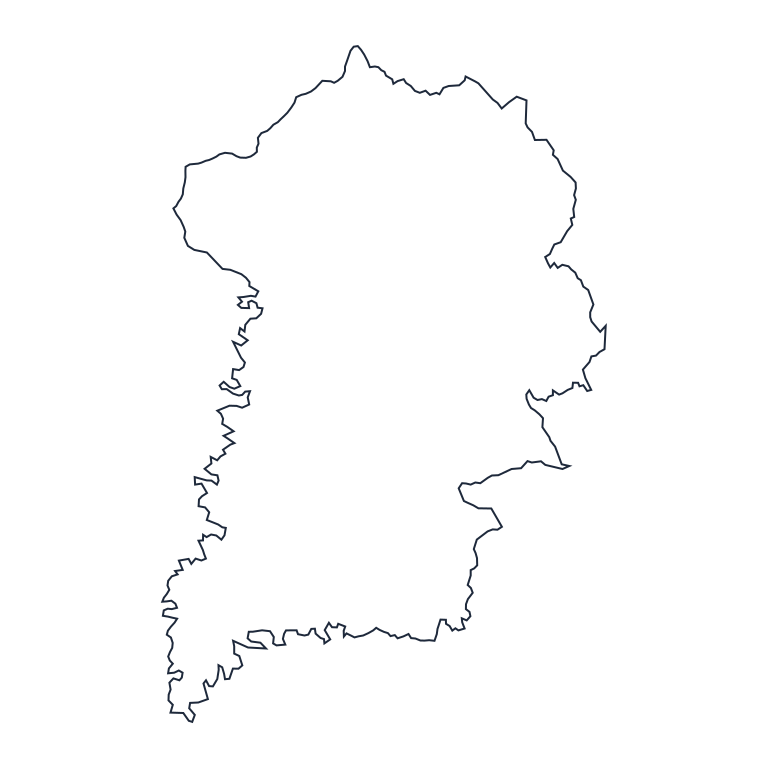 Muitos Capões, Rio Grande do Sul, Brazil
{"feature_id": "56859067B15712827414216", "entity_name": "Muitos Capões", "entity_type": "district", "adm_level": 2, "iso_a3": "BRA", "parent_name": "Brazil", "parent_adm1": "Rio Grande do Sul", "projection": "albers", "projection_center": [-51.26, -28.402], "detail": "fine", "context": "isolated", "style": "outline", "palette": "slate", "viewbox_px": 768, "rotation_deg": 0, "n_neighbors": 0, "source": "geoboundaries", "source_scale": "gbopen_adm2", "svg_char_len": 5721}
<svg xmlns="http://www.w3.org/2000/svg" viewBox="0 0 768 768"><path d="M172.8,704.8L170.5,712.6L183.3,713.0L188.8,720.8L192.2,721.9L194.8,714.9L189.2,708.3L190.1,702.9L198.3,702.5L207.9,699.1L203.5,683.5L206.0,680.3L209.1,686.1L212.9,686.4L217.3,679.0L218.7,669.8L218.5,665.2L222.2,667.3L224.1,673.9L225.0,679.2L229.4,678.8L232.9,668.6L238.5,668.7L242.3,665.4L239.3,656.0L234.2,653.6L234.2,646.2L233.1,640.8L248.0,647.5L266.0,648.5L260.4,642.7L251.2,641.5L247.6,638.3L248.8,631.8L253.0,631.7L262.1,630.3L270.0,631.2L273.8,637.0L273.1,643.4L276.5,645.4L285.3,644.6L282.9,638.9L284.1,633.8L286.0,630.4L296.6,630.3L298.0,634.2L304.5,635.5L308.3,634.6L311.3,628.9L314.9,628.7L315.6,633.6L320.6,638.0L324.0,639.1L324.4,643.4L330.2,639.4L324.7,630.1L328.9,622.8L332.0,627.2L336.9,627.4L338.2,623.8L345.2,626.5L343.7,630.8L343.9,636.5L346.5,633.4L350.8,635.5L354.5,637.4L358.6,636.3L363.2,635.5L368.4,633.1L373.2,630.4L376.2,627.8L379.6,629.9L384.0,631.9L387.9,633.1L390.5,636.1L394.8,635.1L397.6,638.3L403.4,636.4L408.5,634.0L411.1,638.1L415.4,638.5L420.4,640.5L424.6,640.6L429.2,640.2L434.5,640.8L436.8,634.1L437.5,628.9L438.7,625.3L440.5,619.6L445.9,619.8L446.0,623.8L449.6,626.0L452.3,630.6L455.4,628.3L458.4,630.4L464.6,628.5L462.2,622.3L461.8,618.3L466.7,620.4L470.4,616.2L469.5,611.9L465.9,609.1L466.0,604.2L467.9,599.1L472.7,592.8L470.9,588.0L467.7,585.0L470.7,575.5L470.7,570.1L474.2,568.4L477.2,565.3L477.0,558.1L475.6,553.1L473.8,549.1L476.8,539.6L487.6,531.4L492.7,529.4L497.5,529.7L501.9,526.8L491.3,508.5L478.4,508.3L473.3,505.3L467.7,502.8L463.9,501.0L458.7,488.3L462.1,483.2L466.1,483.5L470.7,484.6L475.3,482.5L480.3,483.2L487.8,477.8L491.9,475.5L498.4,475.2L511.6,469.0L521.1,468.2L527.5,461.1L531.8,462.5L541.0,461.3L545.3,464.9L562.5,469.0L569.3,466.0L561.7,464.3L555.1,446.6L550.5,440.8L549.3,437.2L542.4,427.2L542.7,422.6L543.0,418.2L539.4,414.3L534.7,410.3L531.0,408.0L528.9,404.5L526.6,398.8L526.3,394.5L529.3,390.2L533.6,397.7L537.5,400.0L541.9,399.1L546.3,401.0L548.6,396.7L552.9,395.2L552.9,390.4L559.1,394.6L562.5,393.3L567.7,389.9L572.4,388.0L573.0,382.7L578.1,382.8L579.5,386.3L583.3,385.2L587.2,391.0L591.2,389.9L585.4,378.2L582.9,369.6L589.5,362.0L591.4,356.4L596.0,355.6L599.5,352.0L604.5,349.2L605.7,325.8L600.2,331.8L591.6,321.5L590.2,317.2L590.2,312.3L593.4,304.5L588.2,290.0L583.3,286.6L580.9,280.2L577.7,278.2L575.3,272.7L571.2,269.4L568.5,266.3L562.3,264.8L557.7,267.9L554.2,263.0L550.3,267.5L548.0,263.3L545.2,257.0L549.9,254.0L552.1,249.0L554.3,244.5L560.7,242.2L567.2,231.1L572.3,224.9L570.8,218.5L574.2,217.0L573.3,208.9L575.8,199.8L574.1,195.1L575.9,188.5L575.6,182.5L570.7,177.0L562.9,170.6L557.6,159.0L552.9,154.8L553.7,150.3L546.5,139.8L534.9,140.0L532.0,131.9L527.6,127.4L525.7,123.4L526.5,100.4L516.7,96.7L509.0,102.2L501.7,108.5L497.5,102.9L492.8,99.5L478.4,83.3L475.1,81.4L465.6,76.5L464.7,80.3L459.2,85.3L448.7,86.0L443.4,87.9L439.5,94.3L436.3,92.8L430.0,94.9L425.6,90.7L419.8,92.8L414.9,90.9L410.8,86.0L406.1,83.0L403.7,79.2L397.6,81.1L393.4,83.8L392.2,79.3L386.0,75.6L384.5,71.8L381.3,70.2L378.4,67.2L374.9,66.5L369.9,67.2L367.6,61.2L364.2,54.6L361.1,49.9L357.8,46.1L353.7,46.7L350.5,50.8L347.2,60.4L345.0,66.6L345.0,71.0L342.5,76.8L337.7,80.8L334.1,82.8L330.8,81.3L322.3,80.8L315.5,88.1L311.0,91.5L305.8,93.8L301.5,94.8L296.2,97.2L294.5,102.6L291.3,107.5L287.3,112.8L284.1,116.0L280.6,119.3L277.8,122.2L273.4,124.7L270.3,128.2L267.2,130.9L261.4,133.1L257.9,137.8L258.5,143.7L256.8,147.6L256.9,151.8L253.9,154.4L250.6,156.5L246.0,157.8L240.2,157.6L236.5,156.2L232.1,153.6L225.0,152.8L219.4,154.4L216.4,156.6L212.6,158.5L209.1,160.0L205.7,160.8L201.5,162.6L198.2,163.6L189.8,164.4L185.6,166.8L185.4,170.8L185.5,177.2L184.8,182.4L183.3,188.5L182.8,194.3L180.9,198.6L178.5,201.8L176.2,206.1L173.4,208.4L176.6,214.6L180.6,220.1L183.7,226.9L185.3,231.6L184.3,237.8L187.9,245.9L194.3,249.9L206.9,252.5L222.5,268.9L230.3,269.8L241.4,274.2L246.0,277.8L249.5,282.1L249.3,286.0L258.3,291.3L255.5,296.6L250.9,295.8L243.5,297.0L238.4,297.4L242.0,301.7L237.9,304.9L241.3,307.9L249.1,308.1L248.2,302.2L251.6,300.7L256.4,303.2L257.6,307.7L262.5,308.3L261.1,313.8L256.3,318.3L250.4,318.7L245.3,324.8L244.5,331.5L240.1,328.1L238.8,334.2L247.7,340.3L241.2,345.5L233.1,341.8L241.0,357.7L244.9,362.5L243.5,367.0L239.1,370.1L233.1,369.1L232.1,378.3L236.7,379.9L240.3,386.1L234.3,388.7L229.5,387.0L223.7,381.8L219.6,385.5L221.8,389.2L226.7,389.1L233.0,393.6L238.9,395.5L242.2,394.9L245.2,391.6L250.0,391.2L247.7,397.4L249.2,404.5L242.1,407.7L236.6,405.9L229.5,405.7L217.3,410.7L220.9,413.8L223.1,418.7L222.2,423.9L227.3,426.9L233.6,431.3L223.6,435.8L228.0,438.7L234.4,443.1L230.4,444.6L223.0,449.7L225.4,453.7L220.5,456.4L217.2,460.3L210.7,456.9L211.4,463.5L204.6,468.8L211.4,474.4L217.4,475.3L218.6,480.6L216.9,484.6L211.5,480.6L206.7,480.4L194.7,477.1L195.1,484.6L201.5,483.6L207.0,493.0L202.0,496.2L199.0,499.4L198.6,506.2L205.1,507.4L209.2,512.3L206.8,520.0L212.2,522.1L218.2,524.5L222.3,527.3L225.8,527.9L224.5,535.3L221.4,539.7L216.3,535.5L211.1,534.5L206.6,537.1L203.1,534.8L203.0,540.4L198.5,540.7L202.9,550.1L204.2,554.3L205.9,558.6L201.4,560.5L195.6,558.6L191.3,563.9L188.6,558.9L178.9,560.6L182.7,569.9L175.1,571.0L177.6,574.4L171.8,576.3L168.2,580.8L167.5,585.5L169.3,589.8L166.8,594.0L163.9,597.7L162.3,601.7L166.7,601.4L171.4,600.7L175.4,603.7L177.0,607.8L171.8,609.1L167.7,608.7L163.8,610.4L162.9,615.8L167.9,616.6L172.4,617.7L177.1,618.7L174.6,622.6L170.9,626.7L167.9,630.7L166.8,634.7L170.9,637.5L172.7,642.9L172.2,647.9L170.0,652.0L168.2,656.5L169.8,660.5L172.8,663.7L168.9,668.4L168.1,673.3L174.2,672.7L178.8,670.5L182.6,672.7L181.8,677.6L179.4,680.3L173.4,678.4L169.4,682.7L170.6,689.6L168.7,694.6L168.5,700.4L172.8,704.8Z" fill="none" stroke="#1e293b" stroke-width="2"/></svg>